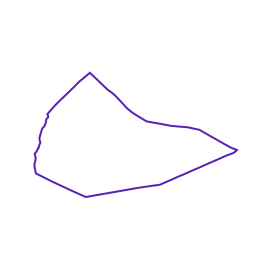 outline of Santa Inés de Zaragoza, Oaxaca, Mexico, rotated 256°
{"feature_id": "50627088B20347327584307", "entity_name": "Santa Inés de Zaragoza", "entity_type": "district", "adm_level": 2, "iso_a3": "MEX", "parent_name": "Mexico", "parent_adm1": "Oaxaca", "projection": "equal_earth", "projection_center": [-97.141, 17.265], "detail": "fine", "context": "isolated", "style": "outline", "palette": "violet", "viewbox_px": 256, "rotation_deg": 256, "n_neighbors": 0, "source": "geoboundaries", "source_scale": "gbopen_adm2", "svg_char_len": 1625}
<svg xmlns="http://www.w3.org/2000/svg" viewBox="0 0 256 256"><g transform="rotate(256 128 128)"><path d="M65.2,145.0L65.3,145.6L67.2,156.7L68.7,165.3L69.0,167.2L69.5,171.0L69.9,172.7L70.8,178.2L71.4,181.4L72.1,185.9L73.1,191.7L74.2,197.9L75.4,205.3L76.3,210.7L77.0,214.3L77.6,217.9L77.9,222.0L78.4,224.8L79.8,227.6L80.1,228.1L80.2,228.3L80.3,228.4L84.5,222.5L85.5,221.5L88.2,218.6L91.7,214.9L93.9,212.6L95.9,210.5L96.7,209.7L98.1,208.2L98.8,207.4L102.4,203.7L103.9,202.1L106.5,199.4L108.9,196.9L109.8,195.1L110.4,193.9L111.8,191.0L112.6,189.6L113.3,188.0L114.3,185.9L114.6,185.2L117.2,177.3L119.2,171.8L119.3,171.2L122.2,164.8L124.4,160.0L127.4,153.2L129.9,147.7L134.4,143.1L141.3,136.4L146.9,132.1L156.4,126.9L163.1,123.1L166.8,120.3L170.0,117.6L174.0,115.0L181.4,110.4L190.4,104.6L190.8,104.4L187.8,98.3L184.7,91.7L180.8,85.4L174.3,74.2L171.5,69.2L167.8,63.0L160.9,53.0L160.6,53.0L159.9,53.4L159.4,53.4L158.8,53.4L158.3,53.3L157.8,53.1L157.1,52.4L156.5,51.0L155.8,50.7L152.7,49.3L149.9,47.3L149.1,45.9L148.1,44.5L142.1,41.0L139.6,39.6L137.5,39.3L134.9,39.5L134.7,39.3L134.4,39.0L133.3,38.0L132.6,37.8L132.1,37.2L131.0,36.9L130.7,36.2L129.8,36.1L128.8,34.6L128.4,34.5L128.0,34.0L127.2,33.6L126.7,32.8L126.4,32.2L126.0,31.8L125.8,31.4L125.5,31.3L123.5,31.2L122.2,31.1L121.3,31.3L120.6,30.9L119.9,30.6L118.5,30.1L115.6,28.5L113.1,28.0L111.2,27.8L109.4,27.8L106.2,27.6L100.3,34.6L94.0,41.9L89.9,46.9L86.6,51.0L83.8,54.5L82.4,56.2L79.9,59.3L74.6,66.1L71.3,70.3L71.2,71.1L70.2,85.2L69.7,92.0L68.8,104.6L67.8,118.8L67.4,123.9L67.3,125.3L66.9,129.4L66.0,138.2L65.2,145.0Z" fill="none" stroke="#5b21b6" stroke-width="2"/></g></svg>